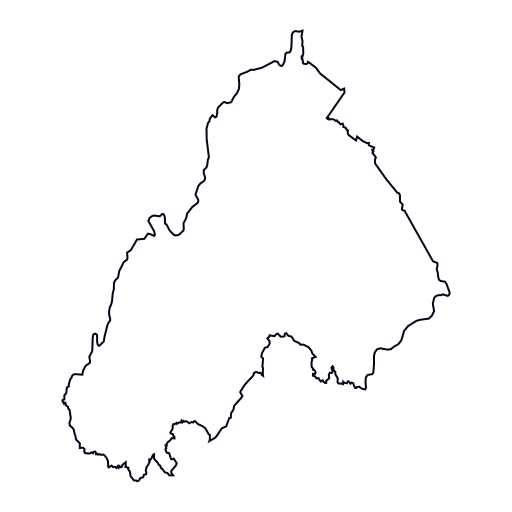 outline of Coyaima, Tolima, Colombia
{"feature_id": "7082276B89434947154021", "entity_name": "Coyaima", "entity_type": "district", "adm_level": 2, "iso_a3": "COL", "parent_name": "Colombia", "parent_adm1": "Tolima", "projection": "equal_earth", "projection_center": [-75.157, 3.75], "detail": "fine", "context": "isolated", "style": "outline", "palette": "ink", "viewbox_px": 512, "rotation_deg": 0, "n_neighbors": 0, "source": "geoboundaries", "source_scale": "gbopen_adm2", "svg_char_len": 6018}
<svg xmlns="http://www.w3.org/2000/svg" viewBox="0 0 512 512"><path d="M437.4,263.0L433.0,261.3L404.6,210.8L402.3,210.0L401.9,209.1L402.7,204.6L400.0,201.7L399.9,194.8L398.5,192.9L397.4,192.9L386.1,179.0L375.2,163.6L374.9,162.0L375.1,159.0L375.9,157.4L372.5,153.0L373.3,151.7L372.4,150.6L372.3,149.7L373.4,149.9L374.2,147.5L369.1,145.5L368.6,144.2L368.9,143.0L367.0,143.1L363.6,141.5L363.1,142.2L363.2,141.4L357.1,136.6L356.0,140.5L348.6,135.0L347.7,132.9L347.9,131.0L347.3,130.7L347.4,130.0L346.0,128.8L345.7,127.8L343.4,127.0L343.4,125.6L342.6,123.6L340.5,124.3L338.4,121.8L337.7,121.9L336.9,120.4L335.6,120.9L334.3,119.7L332.0,119.1L329.1,119.5L328.6,118.2L327.5,118.9L326.8,118.1L344.5,92.5L344.1,88.6L340.8,90.1L320.1,73.5L315.8,67.6L308.1,61.8L307.6,63.2L306.3,64.1L303.6,63.7L302.8,62.7L302.9,60.6L302.0,59.4L302.4,58.6L301.5,57.8L301.8,56.2L302.6,56.2L303.3,53.5L303.1,47.0L302.2,45.8L302.5,41.1L301.5,36.8L302.5,30.7L299.3,31.7L295.4,31.1L293.9,31.6L292.6,32.9L291.8,35.4L291.4,47.3L290.7,50.8L289.5,52.4L286.9,52.6L285.5,53.8L284.4,61.8L282.7,65.1L281.9,65.9L280.7,65.9L279.0,64.5L277.7,61.9L274.6,61.1L262.2,67.6L253.7,69.9L251.0,69.7L246.9,71.9L240.5,74.3L238.7,76.5L239.3,84.9L238.9,89.0L236.9,93.2L233.9,96.9L231.2,102.2L227.2,103.2L224.3,102.0L223.3,102.3L218.0,107.6L217.1,110.6L217.3,112.7L216.5,116.7L215.1,117.4L212.5,115.2L209.9,118.5L209.4,121.4L208.1,122.8L206.5,128.6L206.7,139.4L208.9,157.2L207.9,159.7L207.2,165.4L206.4,167.5L203.8,170.1L203.7,173.0L205.1,177.5L204.8,179.8L203.5,181.4L200.6,183.2L198.3,186.1L195.5,194.6L198.2,199.7L198.3,201.4L197.6,202.9L192.4,206.9L187.2,213.5L186.1,218.3L183.5,223.3L183.8,229.3L183.1,230.9L179.1,234.6L177.2,235.3L175.0,235.4L173.0,234.1L169.5,230.3L166.5,224.5L165.0,223.5L164.9,218.0L164.4,215.6L163.4,214.1L162.4,213.9L159.7,216.3L153.8,215.5L151.9,216.2L149.5,218.1L148.4,221.0L154.2,231.4L154.8,235.0L154.2,235.9L149.4,233.8L147.9,233.7L144.4,238.8L137.0,239.5L130.8,250.2L127.1,252.6L127.5,258.0L127.1,259.6L123.8,262.0L119.2,271.1L118.1,277.4L115.3,280.3L114.0,282.7L113.8,289.5L112.7,293.6L112.0,301.5L110.9,305.3L109.9,306.9L109.1,311.4L109.2,315.2L110.1,318.2L110.2,320.4L108.0,323.6L107.2,326.0L104.6,336.3L103.8,341.4L99.3,345.8L98.4,345.6L97.6,344.2L97.1,341.6L97.1,335.0L95.3,333.6L93.3,334.5L92.7,337.7L92.3,350.0L91.8,352.1L89.3,356.6L90.1,361.4L89.8,362.9L86.2,365.4L84.9,367.0L83.2,370.5L82.3,374.7L75.1,374.1L73.1,374.8L72.0,376.1L71.5,377.7L70.2,379.5L68.8,384.4L68.8,386.4L66.9,387.4L66.2,393.3L64.4,395.2L64.3,399.4L62.7,400.0L62.4,401.0L64.0,403.7L64.6,402.7L65.3,402.6L66.0,405.3L68.0,406.8L68.2,408.4L69.6,410.1L70.8,418.2L69.4,423.2L69.9,425.7L71.9,427.2L73.6,429.3L74.8,434.5L75.5,436.0L76.0,439.4L79.8,443.4L79.8,448.0L82.9,447.7L84.5,449.0L84.2,451.5L84.9,453.1L89.5,453.6L91.4,452.4L93.0,453.3L93.5,451.8L95.3,451.6L96.1,454.2L97.0,453.6L98.0,454.7L99.8,454.1L100.7,454.8L103.6,454.6L106.2,457.3L108.0,461.1L108.2,466.6L108.7,467.4L111.6,465.6L113.0,467.0L115.0,466.9L116.3,468.0L117.6,466.3L118.5,468.0L119.1,467.5L119.3,466.1L120.3,467.1L120.8,466.7L121.6,467.1L122.5,464.8L125.7,462.2L125.8,465.1L125.3,466.8L128.4,467.8L128.0,468.8L130.0,472.0L130.5,476.0L133.9,480.4L136.2,480.5L137.2,481.3L139.2,480.2L140.4,478.0L143.1,477.3L143.9,474.8L146.0,474.3L146.4,472.5L145.7,470.5L146.4,468.6L146.2,467.6L148.1,465.0L149.9,461.0L149.8,460.4L149.2,460.4L149.2,459.4L151.1,459.1L153.0,454.9L154.1,454.3L154.0,458.6L157.9,463.0L158.8,464.9L160.3,465.7L160.8,467.9L162.4,469.0L164.8,472.3L167.7,473.2L169.2,475.3L173.1,475.4L171.2,472.7L171.2,471.0L176.1,465.2L176.7,463.2L173.7,458.6L171.9,459.3L171.0,458.9L169.2,453.2L166.7,452.7L165.4,449.4L166.3,448.1L165.5,445.4L166.8,445.4L166.7,443.8L167.6,442.4L170.1,440.4L171.6,438.2L174.5,438.4L174.4,436.8L173.3,436.0L173.0,434.2L170.7,433.5L170.3,432.6L172.6,428.8L172.7,425.8L173.3,424.1L174.8,424.1L176.5,422.9L176.9,423.8L179.1,422.4L180.9,422.6L181.6,420.6L182.6,422.2L183.7,420.9L184.3,421.6L186.6,421.3L189.3,423.3L191.6,422.0L193.0,422.5L194.0,421.3L194.9,421.1L198.1,424.2L202.2,426.0L205.3,428.2L208.5,433.9L209.9,435.1L209.8,440.0L209.4,441.1L214.9,437.9L216.3,436.5L221.8,428.4L226.1,426.4L229.3,418.0L230.8,417.8L231.1,413.2L233.5,409.5L234.1,405.9L241.2,397.9L242.4,396.0L240.2,392.2L240.5,391.3L245.1,384.3L253.3,375.5L253.8,373.0L256.2,371.9L258.8,373.1L260.0,372.7L261.3,373.4L261.7,374.8L263.1,375.8L262.8,372.8L263.0,368.0L262.4,366.4L263.1,358.9L262.8,358.1L261.6,357.3L261.3,356.0L262.2,352.7L264.9,347.8L267.6,347.0L269.4,344.1L269.7,343.3L269.4,340.9L267.4,338.3L269.4,336.6L269.6,335.3L274.4,336.2L276.1,334.3L277.7,333.6L280.6,336.6L283.3,336.7L284.6,336.1L284.8,333.8L286.2,333.1L288.5,335.9L291.4,336.5L294.3,340.9L299.4,343.2L300.2,344.6L303.6,344.7L308.7,347.3L311.2,350.4L312.4,353.5L315.6,356.9L312.0,358.3L312.2,359.7L311.5,362.7L311.7,367.1L312.9,368.3L313.1,369.7L314.3,369.9L315.6,372.4L315.1,373.9L313.0,373.9L312.9,375.7L315.1,376.4L316.0,377.9L316.8,378.4L318.6,378.2L319.4,379.9L320.9,381.5L322.7,380.3L323.3,381.5L324.9,382.9L326.2,382.9L326.3,380.7L329.2,378.3L328.8,375.4L329.2,373.9L329.8,372.8L331.6,373.0L332.3,372.1L332.6,370.8L331.4,367.8L332.5,366.3L333.3,367.2L333.7,370.6L335.3,371.8L335.3,374.2L337.8,378.4L337.5,382.0L338.3,383.3L340.2,383.7L341.5,383.3L342.9,384.3L343.4,383.7L343.3,381.8L344.4,382.8L347.0,383.2L347.7,381.5L348.5,381.3L350.5,383.7L351.7,382.6L353.4,383.4L353.9,385.6L355.2,388.0L356.3,388.0L357.0,387.0L359.1,386.7L362.0,388.7L365.1,389.4L366.0,387.7L365.5,382.3L365.8,377.7L366.4,376.5L367.8,374.9L372.1,374.2L373.3,372.8L374.0,364.3L374.0,356.1L374.8,352.4L376.9,349.4L380.3,348.3L387.4,349.6L390.9,349.2L394.0,346.6L398.2,344.3L401.2,340.6L404.2,330.7L408.3,325.9L416.5,320.8L420.0,319.8L428.8,318.6L431.9,315.7L434.1,311.0L432.8,303.8L434.2,297.9L435.6,296.3L438.6,295.1L441.0,295.2L442.6,294.3L447.7,295.9L448.9,295.0L449.5,293.9L449.6,292.4L446.4,283.7L444.9,281.7L440.6,281.0L439.3,280.0L438.4,278.2L437.7,272.4L436.7,269.2L437.5,265.6L437.4,263.0Z" fill="none" stroke="#020617" stroke-width="2"/></svg>